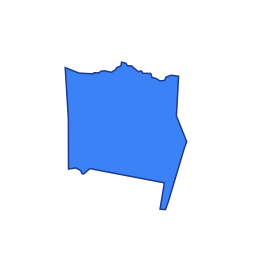 Colorado, Texas, United States of America (Robinson projection), rotated 320°
{"feature_id": "52423323B95841930276474", "entity_name": "Colorado", "entity_type": "district", "adm_level": 2, "iso_a3": "USA", "parent_name": "United States of America", "parent_adm1": "Texas", "projection": "robinson", "projection_center": [-96.463, 29.605], "detail": "fine", "context": "isolated", "style": "filled", "palette": "blue", "viewbox_px": 256, "rotation_deg": 320, "n_neighbors": 0, "source": "geoboundaries", "source_scale": "gbopen_adm2", "svg_char_len": 637}
<svg xmlns="http://www.w3.org/2000/svg" viewBox="0 0 256 256"><g transform="rotate(320 128 128)"><path d="M100.4,210.7L104.2,214.6L111.6,210.3L158.7,179.3L164.2,176.2L172.8,149.9L200.0,120.9L195.1,115.4L189.8,113.4L186.6,115.1L182.7,112.4L181.3,108.0L178.9,104.8L180.5,100.8L174.7,95.8L174.9,92.8L172.1,91.4L170.6,82.7L167.6,79.9L168.0,77.1L165.4,73.4L162.4,75.9L158.0,74.4L156.0,75.4L151.1,74.6L146.6,68.9L143.4,66.9L141.4,67.3L137.5,63.8L136.2,64.2L125.8,54.5L118.7,41.4L88.4,82.4L56.0,121.2L62.4,125.1L64.4,130.3L63.4,133.4L64.5,134.7L72.7,134.6L120.6,193.4L100.4,210.7Z" fill="#3b82f6" stroke="#1e3a8a" stroke-width="1.5"/></g></svg>